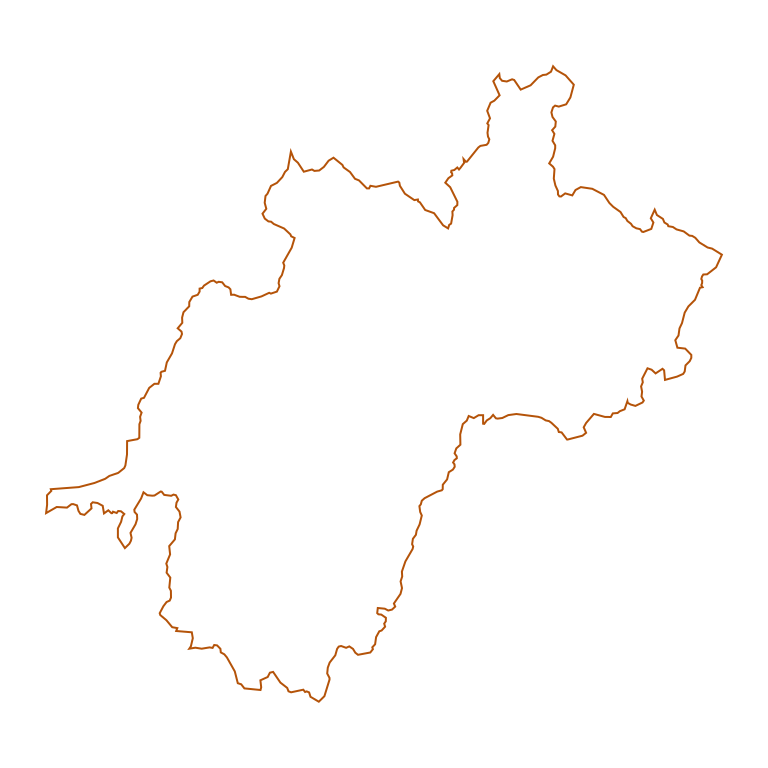 Vu Quang, Ha Tinh, Vietnam
{"feature_id": "81297802B66107700635107", "entity_name": "Vu Quang", "entity_type": "district", "adm_level": 2, "iso_a3": "VNM", "parent_name": "Vietnam", "parent_adm1": "Ha Tinh", "projection": "albers", "projection_center": [105.465, 18.324], "detail": "fine", "context": "isolated", "style": "outline", "palette": "amber", "viewbox_px": 768, "rotation_deg": 0, "n_neighbors": 0, "source": "geoboundaries", "source_scale": "gbopen_adm2", "svg_char_len": 6088}
<svg xmlns="http://www.w3.org/2000/svg" viewBox="0 0 768 768"><path d="M553.1,66.3L551.0,71.7L546.4,74.6L542.9,75.0L538.3,77.4L530.6,85.3L520.7,89.6L514.2,80.0L512.1,79.3L506.8,81.5L502.1,80.8L499.8,78.1L499.3,74.1L493.3,81.2L499.6,95.3L494.3,100.7L490.6,102.7L487.2,110.8L490.0,118.3L487.3,123.4L488.6,125.1L487.5,132.8L488.0,136.6L489.3,139.3L488.3,142.9L486.6,144.8L480.4,145.9L478.3,147.5L467.0,161.6L465.9,161.8L463.6,159.1L464.1,162.9L460.4,167.9L459.0,169.5L457.3,167.5L454.3,170.0L451.4,170.7L451.1,172.2L452.1,173.3L452.3,175.4L448.4,178.2L445.3,182.7L450.2,187.2L457.4,201.8L457.3,205.1L454.1,207.9L454.0,209.7L452.4,211.5L452.6,215.2L451.1,223.6L449.2,224.9L448.1,228.4L443.1,225.3L434.1,213.2L425.2,210.0L419.9,202.3L418.1,201.4L417.9,199.5L414.3,200.1L404.9,193.7L399.9,185.8L399.3,182.6L398.1,181.6L376.0,186.8L370.4,185.8L369.1,188.4L366.9,188.4L359.0,180.4L355.0,178.8L350.0,172.0L343.6,167.4L342.4,164.9L333.5,157.7L328.6,160.7L323.9,166.9L319.2,170.5L314.4,170.9L312.0,169.5L303.8,171.7L297.9,162.7L293.9,159.2L290.9,151.6L287.8,169.2L285.0,171.9L282.3,177.1L276.9,182.9L271.0,185.9L267.5,193.7L265.5,196.0L264.7,202.8L266.3,208.8L262.5,213.7L264.8,218.6L268.4,221.4L271.1,221.7L273.8,224.0L284.1,228.5L290.4,234.4L291.2,236.3L294.6,238.0L291.7,247.7L283.2,262.7L284.3,265.5L284.0,268.1L281.9,275.1L279.4,278.8L278.6,283.2L279.5,286.2L276.9,291.6L270.9,293.6L269.2,292.8L261.5,296.4L251.8,299.2L248.4,298.7L245.2,296.9L239.7,296.8L234.1,294.7L231.1,294.8L230.4,289.3L228.6,287.4L225.1,286.0L222.2,282.3L218.7,281.8L216.7,282.7L213.6,280.5L210.5,281.3L204.0,285.6L202.3,288.0L199.6,288.6L199.6,291.6L197.7,294.8L192.5,296.6L189.3,302.0L189.2,306.3L183.5,312.2L182.1,317.6L182.3,322.8L177.7,328.3L181.5,331.6L182.0,334.0L180.3,338.2L176.8,341.2L175.0,344.2L172.0,353.4L166.8,362.4L165.0,370.8L161.4,371.8L160.6,372.8L160.9,376.3L158.4,383.8L154.4,383.8L149.2,387.9L144.0,397.8L141.2,398.6L138.3,404.8L137.9,408.1L141.6,412.6L140.1,416.8L140.6,420.9L139.4,424.2L139.3,437.8L137.4,439.2L127.1,441.1L127.0,454.5L125.4,465.4L124.2,468.1L118.2,472.9L109.4,475.9L105.2,478.8L94.4,483.0L78.8,487.1L50.8,489.2L51.3,490.9L47.0,495.3L47.1,504.7L46.1,513.1L56.7,507.0L67.0,507.6L71.4,504.2L73.2,504.1L77.0,505.4L78.5,510.9L80.4,513.9L84.4,514.9L91.5,508.4L91.0,504.0L92.7,502.3L97.5,503.0L102.7,505.8L104.0,513.4L108.3,510.3L111.4,513.2L112.3,513.1L113.0,511.7L116.7,513.0L118.2,511.0L121.0,511.3L124.3,514.0L122.4,516.4L121.1,521.8L117.9,528.4L117.9,537.4L124.9,548.1L129.4,543.7L130.9,540.8L131.6,537.8L130.5,532.9L135.5,524.3L137.2,519.0L137.0,514.6L134.6,512.0L134.3,509.7L141.1,498.5L143.5,492.3L147.3,495.2L152.4,495.7L154.5,495.5L160.7,491.5L161.7,491.7L164.2,494.9L171.2,495.8L173.5,494.6L175.9,495.2L178.3,499.5L176.5,502.7L175.9,507.0L179.5,511.6L180.6,517.4L178.1,522.1L177.7,529.0L175.6,533.3L174.9,539.4L169.2,546.1L170.1,554.4L166.3,563.6L167.4,567.0L166.6,572.7L170.3,577.6L169.3,587.6L170.9,590.8L171.0,597.6L169.7,600.6L166.6,602.0L163.4,606.2L159.7,613.2L160.3,615.1L166.4,620.2L172.2,627.2L177.3,628.1L176.2,631.0L191.8,632.3L192.8,638.2L190.9,646.3L189.3,648.7L195.3,647.7L201.7,648.7L209.6,647.4L212.6,647.9L214.2,645.0L217.1,645.4L220.4,648.8L220.8,652.4L224.3,654.3L226.9,657.4L234.8,671.4L237.8,683.2L241.2,684.3L244.4,688.4L260.5,690.0L261.2,687.3L260.4,680.3L267.7,677.0L269.9,672.7L273.1,671.9L280.4,682.6L287.2,687.9L288.5,691.3L291.1,692.3L303.3,689.7L305.1,692.0L306.7,691.4L309.1,692.4L310.5,696.8L318.8,701.7L324.4,696.2L329.5,679.7L329.5,677.9L327.2,673.5L327.8,667.6L329.7,662.5L335.3,655.3L337.1,648.9L338.7,646.6L341.1,646.0L346.1,647.8L349.3,646.4L353.0,648.9L355.3,652.7L358.0,654.8L370.3,652.5L372.9,649.2L372.3,647.3L375.1,644.3L376.1,637.1L379.3,631.3L381.6,630.5L385.1,626.7L384.2,623.6L385.8,621.3L385.9,617.8L381.3,614.6L378.4,614.3L377.2,613.1L377.8,608.0L384.8,608.7L388.2,610.5L392.0,609.6L395.2,606.6L393.9,603.5L400.5,593.9L402.0,588.1L400.6,581.4L402.2,576.5L401.9,571.6L405.4,561.4L412.6,549.0L413.2,546.5L412.1,544.2L412.9,538.8L415.9,534.8L416.6,530.7L419.6,524.4L421.8,515.5L420.2,512.0L419.4,506.1L420.8,504.4L421.8,500.7L424.6,498.2L437.2,491.6L441.8,490.3L442.7,489.2L442.8,484.7L447.1,479.4L448.8,472.2L452.9,469.6L454.7,466.8L454.5,464.4L453.1,462.5L454.5,460.0L456.8,458.3L456.7,456.4L454.6,453.3L456.3,448.4L460.4,444.7L460.2,434.4L462.8,424.1L466.8,420.6L468.7,416.0L473.8,418.1L478.6,415.2L483.1,415.2L483.1,423.7L484.2,423.9L486.8,420.4L490.3,418.2L493.1,414.9L495.9,418.3L497.6,418.6L502.3,418.0L508.3,415.1L516.4,414.0L538.2,416.8L541.5,417.8L545.7,420.4L549.0,421.1L551.4,422.8L557.8,428.8L558.8,432.0L561.6,432.4L567.0,439.5L567.8,439.5L582.5,435.7L586.1,432.8L583.7,427.3L586.1,423.0L593.9,413.9L604.8,416.9L610.8,417.0L612.8,413.4L617.6,413.0L619.8,411.2L624.6,409.3L627.4,401.2L627.7,402.8L630.6,404.5L635.4,405.9L642.5,402.5L643.8,400.6L641.5,396.5L642.1,391.7L641.1,386.4L642.8,382.3L642.2,378.7L647.5,368.3L651.6,369.7L655.6,373.4L662.5,368.8L664.1,370.3L665.0,379.9L677.1,376.6L683.2,373.9L684.7,371.5L685.5,365.4L689.7,361.2L691.3,357.9L691.3,354.9L685.2,348.6L677.4,347.7L675.3,340.2L678.5,335.5L679.5,328.4L682.0,323.1L684.7,312.6L688.4,306.4L695.0,299.8L700.0,287.7L702.6,287.2L701.3,285.1L702.1,283.2L702.2,280.6L701.3,279.0L702.0,276.5L703.3,274.5L707.1,274.3L716.1,267.3L721.9,254.7L712.1,248.6L707.6,247.5L699.3,242.4L695.3,237.8L692.2,235.9L689.4,235.6L683.7,231.4L676.5,229.4L672.9,227.0L668.3,226.2L667.7,224.5L664.4,222.5L662.9,218.9L656.9,215.0L654.7,209.7L650.8,218.3L653.4,222.5L651.3,228.9L643.3,232.0L642.0,231.7L640.0,229.1L636.3,228.3L632.6,226.2L631.0,223.8L627.4,221.0L625.7,218.1L623.6,217.0L620.5,212.0L613.2,206.8L609.4,203.0L604.0,194.9L592.3,188.8L580.8,187.1L575.5,190.0L572.3,195.4L565.2,193.4L561.0,196.5L559.4,196.4L558.0,194.5L557.9,191.0L555.4,185.5L553.8,178.6L554.5,169.1L553.0,166.7L549.2,163.4L553.1,156.7L555.2,148.2L555.2,145.3L552.5,140.8L554.4,133.9L552.1,130.2L555.3,126.6L555.8,121.5L552.5,117.0L551.4,112.4L553.0,107.4L555.1,105.6L558.8,106.6L566.2,104.3L570.4,97.4L573.8,84.7L565.6,75.4L556.4,70.1L553.1,66.3Z" fill="none" stroke="#b45309" stroke-width="2"/></svg>